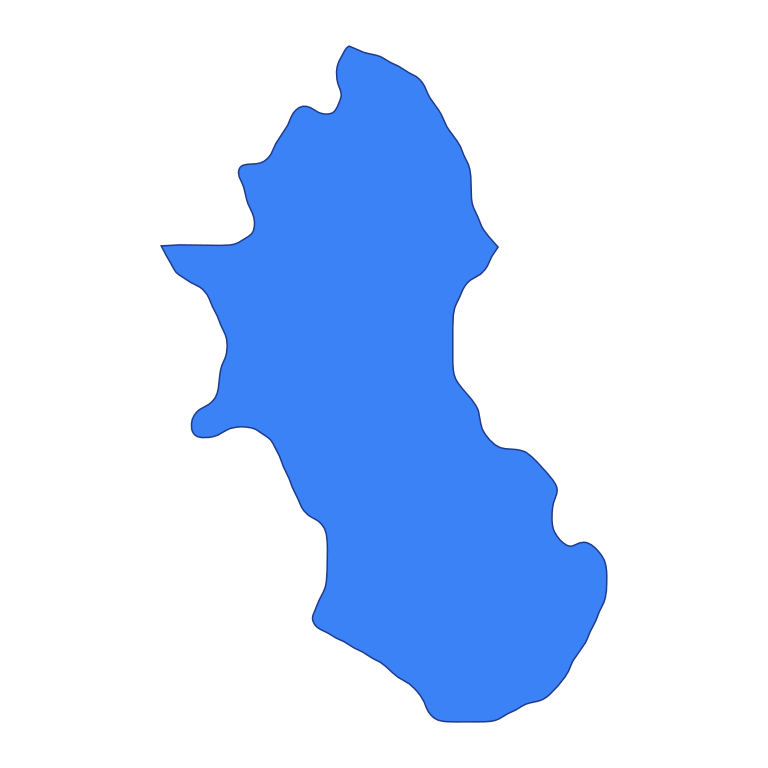 outline of Sabana Larga, San José de Ocoa, Dominican Republic
{"feature_id": "3306468B82901312279704", "entity_name": "Sabana Larga", "entity_type": "district", "adm_level": 2, "iso_a3": "DOM", "parent_name": "Dominican Republic", "parent_adm1": "San José de Ocoa", "projection": "natural_earth1", "projection_center": [-70.54, 18.642], "detail": "fine", "context": "isolated", "style": "filled", "palette": "blue", "viewbox_px": 768, "rotation_deg": 0, "n_neighbors": 0, "source": "geoboundaries", "source_scale": "gbopen_adm2", "svg_char_len": 3706}
<svg xmlns="http://www.w3.org/2000/svg" viewBox="0 0 768 768"><path d="M161.2,245.9L166.6,256.2L170.9,263.6L173.9,269.1L176.1,272.4L179.1,274.9L190.6,282.4L199.8,287.1L203.0,289.7L207.1,294.6L209.1,298.5L212.5,306.7L217.4,316.3L220.7,324.9L225.3,334.7L226.6,339.0L227.2,346.1L226.5,353.2L225.3,357.6L221.9,365.4L220.6,369.9L219.8,374.9L218.4,387.9L217.3,392.9L215.5,397.2L214.3,399.0L211.6,402.1L208.5,404.6L199.8,409.4L196.7,412.0L194.2,415.3L192.3,419.3L191.5,423.7L191.6,428.1L192.0,430.3L192.9,432.4L194.2,434.3L196.0,435.8L198.0,436.8L202.2,437.6L208.9,437.4L213.5,436.6L217.9,435.1L226.6,430.1L230.5,428.4L236.9,427.1L241.3,426.8L245.7,427.0L252.1,428.0L256.1,429.6L267.6,437.3L270.6,439.9L272.8,443.2L279.5,456.2L283.5,466.9L289.1,478.6L292.3,487.3L298.0,499.0L301.5,507.2L303.9,510.8L308.2,515.1L311.6,517.3L316.9,520.2L318.6,521.4L321.5,524.2L324.0,527.7L324.9,529.6L326.4,534.4L327.2,541.9L327.4,549.7L327.1,570.8L326.4,581.1L325.5,586.1L324.8,588.5L323.1,592.5L319.2,600.0L313.0,615.1L312.6,617.0L312.5,619.0L312.9,621.0L314.6,624.5L317.2,627.3L320.5,629.5L327.6,632.9L336.3,638.2L344.1,641.7L354.5,648.2L362.2,651.8L372.6,658.4L380.2,662.2L385.2,666.0L393.2,673.3L398.1,677.3L409.2,683.8L414.4,688.5L417.6,692.0L420.5,695.8L424.1,701.9L426.5,708.1L428.5,712.0L431.1,715.3L434.2,718.1L438.0,720.1L442.3,721.2L446.8,721.7L456.0,721.9L484.0,721.8L490.9,721.3L495.3,720.4L499.2,718.8L507.9,713.6L515.5,710.1L522.4,705.9L526.0,704.1L530.0,702.9L538.3,701.1L542.3,699.7L546.2,697.4L549.7,694.5L557.9,686.0L565.2,676.7L568.6,671.0L571.2,664.6L573.2,660.5L585.4,642.8L587.4,638.6L589.9,632.3L595.8,620.8L599.1,612.2L603.8,602.6L605.2,598.2L606.4,591.0L606.7,583.6L606.8,576.1L606.6,571.2L606.0,566.3L604.8,561.5L603.8,559.2L601.3,555.0L598.3,551.2L595.1,547.8L591.5,544.9L587.6,542.9L585.6,542.4L583.6,542.3L579.7,542.9L572.1,546.1L570.4,546.2L568.5,545.9L566.7,545.2L563.2,542.9L559.9,539.8L557.0,536.1L554.5,531.9L553.5,529.6L552.4,524.8L552.0,519.9L552.1,512.6L552.6,507.7L553.4,503.2L556.7,493.9L557.2,490.1L556.9,487.9L556.3,485.9L555.3,483.9L552.9,480.1L546.9,472.8L537.0,461.9L531.8,456.8L526.3,452.5L524.3,451.5L520.1,450.2L515.9,449.5L505.1,448.7L500.9,447.8L498.9,447.0L494.9,444.7L489.7,439.9L485.2,434.3L482.8,430.1L481.9,427.9L480.7,423.3L478.6,411.8L477.9,409.6L475.8,405.4L471.8,399.7L462.6,388.9L458.3,383.4L455.9,379.4L454.2,374.9L453.3,370.2L452.8,362.8L452.8,327.5L453.3,315.1L454.7,308.0L456.3,304.0L460.0,296.3L462.6,290.1L464.7,286.3L467.3,283.0L470.3,280.2L480.7,274.1L485.0,269.7L487.3,266.2L492.0,256.1L498.1,247.1L489.1,237.0L483.7,229.9L481.5,226.1L478.1,217.5L473.6,207.8L472.2,203.4L471.5,198.6L470.8,176.4L469.8,169.2L468.5,164.8L463.8,155.1L460.4,146.5L457.0,140.9L449.2,130.3L446.8,126.6L441.2,114.3L438.9,110.5L430.0,97.9L428.0,94.1L424.4,85.9L422.1,82.3L419.3,79.1L416.1,76.5L408.7,72.6L398.4,66.1L390.7,62.6L382.0,57.4L380.2,56.5L376.1,55.2L367.7,53.4L363.6,52.3L349.2,46.1L346.7,47.7L344.8,50.4L339.2,60.8L337.7,64.8L337.1,67.1L336.5,71.8L336.9,78.9L337.8,83.4L340.5,90.7L341.2,94.4L341.1,96.4L340.1,100.1L337.2,107.0L335.2,110.4L333.8,111.9L332.1,113.0L330.2,113.6L328.3,114.0L324.3,114.0L320.4,113.1L318.5,112.4L310.4,107.6L306.7,106.4L302.7,106.3L298.9,107.7L295.7,110.2L293.1,113.3L291.1,117.1L287.6,125.4L275.9,143.4L271.2,153.7L270.1,155.4L267.4,158.6L264.2,161.2L260.5,162.9L256.5,163.7L246.7,164.4L243.2,165.2L241.7,166.0L240.2,167.3L239.2,169.1L238.6,171.0L238.5,173.0L239.2,176.9L242.4,183.9L243.9,187.9L246.6,199.4L248.0,203.8L252.5,213.5L253.9,217.8L254.5,222.3L254.3,226.8L253.3,231.0L252.3,232.8L251.0,234.4L248.0,236.7L238.2,242.7L234.2,244.2L229.8,245.0L220.5,245.4L179.3,244.9L161.2,245.9Z" fill="#3b82f6" stroke="#1e3a8a" stroke-width="1.5"/></svg>